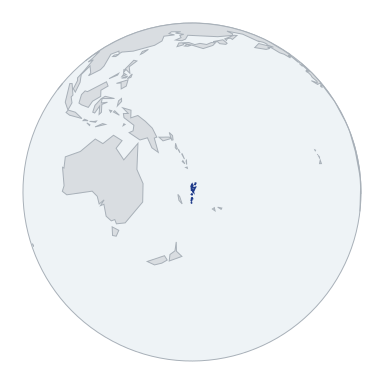 globe centered on Vanuatu, rotated 31°
{"feature_id": "VUT", "entity_name": "Vanuatu", "entity_type": "country or territory", "adm_level": 0, "iso_a3": "VUT", "parent_name": "Oceania", "parent_adm1": "", "projection": "orthographic", "projection_center": [167.975, -16.976], "detail": "fine", "context": "on_globe", "style": "filled", "palette": "blue", "viewbox_px": 384, "rotation_deg": 31, "n_neighbors": 0, "source": "natural_earth", "source_scale": "50m", "svg_char_len": 7323}
<svg xmlns="http://www.w3.org/2000/svg" viewBox="0 0 384 384"><g transform="rotate(31 192 192)"><circle cx="192" cy="192" r="169" fill="#eef3f6" stroke="#a8b0b8"/><path d="M225.8,190.4L226.0,191.7L225.7,191.8L225.8,190.4ZM337.9,106.7L332.1,97.6L345.3,121.0L345.9,122.2L343.0,116.5L337.7,107.0L337.1,105.6L328.6,93.0L323.8,87.3L311.1,73.1L296.0,58.9L299.7,61.8L295.6,58.5L290.7,54.9L288.4,53.3L267.6,40.9L250.0,33.8L248.0,34.0L245.7,32.5L244.3,35.1L237.0,35.1L243.1,33.8L242.0,32.7L236.0,31.8L233.6,30.6L229.3,29.6L227.0,28.5L230.7,28.4L229.3,27.8L225.2,27.3L220.2,26.2L226.6,27.0L218.6,25.3L221.6,25.7L233.5,28.2L245.2,31.6L256.6,35.9L267.7,41.0L278.4,46.8L288.6,53.4L298.4,60.7L307.6,68.7L316.1,77.4L324.1,86.6L331.3,96.4L337.9,106.7ZM286.7,102.0L285.5,98.7L288.3,101.0L286.7,102.0ZM283.4,96.5L284.1,97.7L283.2,96.7L283.4,96.5ZM281.8,95.7L283.0,96.3L281.7,96.0L281.8,95.7ZM279.8,95.1L280.9,95.3L279.8,95.1ZM276.4,93.2L275.5,92.6L276.4,92.5L276.4,93.2ZM287.8,53.0L290.8,55.0L296.2,59.0L293.9,57.3L287.8,53.0ZM277.2,46.4L278.0,46.7L282.5,49.6L280.7,48.5L277.2,46.4ZM247.1,34.7L250.1,35.3L248.0,35.2L247.1,34.7ZM229.2,29.7L229.1,30.0L226.9,29.5L229.2,29.7ZM221.4,27.3L217.9,26.6L222.1,27.3L221.4,27.3ZM216.3,26.1L207.8,24.8L206.9,25.2L204.6,23.9L212.6,25.1L217.9,25.8L215.4,25.7L216.3,26.1ZM204.8,23.6L203.3,23.4L205.5,23.6L204.8,23.6ZM175.6,23.8L183.4,23.4L184.7,23.5L193.7,23.5L195.0,23.5L194.5,23.3L204.6,23.9L206.9,25.2L203.9,25.1L207.3,26.4L200.0,26.5L195.5,27.5L185.4,27.5L182.8,28.8L184.5,29.2L182.1,31.6L171.4,35.9L172.7,30.4L187.2,25.9L180.6,27.3L180.0,26.6L176.2,26.9L171.8,28.3L172.6,28.6L154.2,30.6L139.1,36.1L145.5,35.5L145.7,37.2L134.1,45.6L107.7,59.8L107.7,64.3L105.2,67.7L99.6,70.2L103.1,65.3L100.9,64.0L103.7,61.1L96.0,64.3L99.7,60.4L91.8,65.3L90.7,68.1L96.1,66.3L87.7,72.9L88.5,78.0L84.4,85.5L69.1,101.5L59.8,108.2L58.3,111.0L56.8,108.9L51.5,115.7L51.7,129.5L50.5,134.3L43.4,145.6L43.8,142.0L39.7,136.5L36.6,148.4L39.6,155.7L40.5,166.5L37.1,164.6L36.5,155.4L35.1,153.1L37.2,142.8L39.3,129.4L36.1,134.1L38.0,128.3L40.5,118.9L36.7,125.6L33.2,134.2L37.7,123.2L42.9,112.5L48.9,102.2L55.5,92.4L62.8,83.1L70.8,74.3L79.4,66.1L88.5,58.5L98.1,51.5L108.2,45.3L118.7,39.8L129.6,35.0L140.8,31.0L152.2,27.8L163.8,25.4L175.6,23.8ZM81.7,318.4L83.7,319.5L84.3,320.5L81.7,318.4ZM66.2,186.9L69.9,187.0L69.9,187.8L66.2,186.9ZM62.3,185.0L66.2,184.4L61.9,186.9L62.3,185.0ZM67.8,184.2L71.8,181.9L73.6,180.3L73.4,181.9L67.8,184.2ZM59.8,185.7L47.5,189.2L43.1,188.7L43.7,185.5L50.9,183.7L59.8,185.7ZM43.4,185.6L37.1,180.3L31.4,162.0L33.4,160.8L40.0,170.2L39.5,172.8L43.2,177.4L43.4,185.6ZM60.0,165.4L59.5,172.9L52.3,174.2L49.3,174.0L47.1,165.4L48.3,160.4L50.7,159.8L61.9,141.6L65.5,144.4L61.5,151.7L64.5,157.1L60.0,165.4ZM25.2,165.3L24.5,170.6L24.1,173.2L24.6,169.0L25.2,165.3ZM68.0,130.1L62.5,137.6L68.0,128.1L68.0,130.1ZM72.2,121.6L71.8,124.8L70.6,122.1L72.2,121.6ZM56.8,115.2L54.2,116.8L54.9,114.7L58.6,111.4L56.8,115.2ZM81.2,92.2L78.5,98.3L77.0,100.5L77.1,97.1L81.2,92.2ZM201.2,260.8L205.8,263.1L202.8,268.5L197.4,273.8L189.4,274.6L201.2,260.8ZM146.3,270.2L141.5,263.0L149.0,262.6L149.8,268.9L146.3,270.2ZM205.3,256.9L207.7,251.2L204.2,242.9L209.2,250.8L216.5,252.4L208.0,262.9L205.3,256.9ZM106.0,242.7L86.1,258.9L80.5,258.2L79.1,252.5L68.3,237.5L69.9,237.4L65.3,227.1L75.4,214.8L81.8,196.4L90.7,196.4L95.5,183.8L105.6,184.0L104.4,193.6L117.0,199.6L120.6,178.1L133.2,201.1L145.7,210.0L154.9,226.0L150.6,252.9L143.6,258.2L140.0,255.4L137.7,258.3L130.9,257.0L122.8,247.9L120.6,250.8L120.7,244.0L118.6,250.1L113.0,244.5L106.0,242.7ZM181.1,201.3L183.8,202.3L189.7,207.3L185.1,205.9L181.1,201.3ZM219.2,193.9L221.5,196.3L218.2,196.1L219.2,193.9ZM225.7,191.8L221.8,191.8L225.8,190.4L225.7,191.8ZM189.8,188.8L191.6,190.5L190.7,190.9L189.8,188.8ZM188.6,188.2L189.5,186.0L190.0,188.4L188.6,188.2ZM173.9,174.2L175.0,173.1L175.9,174.1L173.9,174.2ZM75.4,186.1L80.1,179.4L83.1,178.6L75.4,186.1ZM171.4,171.5L167.9,170.9L168.0,169.8L171.4,171.5ZM171.1,168.7L170.5,167.0L173.3,171.2L171.1,168.7ZM164.0,164.3L168.6,167.7L163.6,164.7L164.0,164.3ZM161.6,164.6L158.6,163.0L158.7,162.5L161.6,164.6ZM131.9,165.2L142.7,175.4L134.9,174.8L125.9,168.5L120.6,174.2L107.5,173.5L110.0,169.9L107.8,164.7L95.4,163.3L92.8,160.1L96.9,157.5L89.3,155.5L97.6,153.3L101.3,160.0L106.2,154.3L115.4,155.4L125.1,157.7L133.6,163.1L131.9,165.2ZM98.4,168.6L99.9,168.5L98.8,170.7L98.4,168.6ZM152.8,158.7L157.2,162.5L156.8,163.3L154.8,162.6L152.8,158.7ZM135.5,162.0L144.3,156.6L146.6,156.8L140.8,163.1L135.5,162.0ZM141.8,152.7L146.3,153.7L148.9,157.1L148.0,158.0L141.8,152.7ZM81.4,163.6L81.2,165.6L79.1,164.3L81.4,163.6ZM83.9,162.2L90.2,163.6L83.4,163.9L83.9,162.2ZM66.9,158.2L68.4,162.4L73.3,158.6L69.6,163.4L73.3,170.3L72.4,173.4L68.6,165.8L67.9,174.4L65.8,174.7L64.2,167.7L66.1,158.7L68.3,154.7L77.4,151.8L66.9,158.2ZM83.7,156.7L82.1,151.7L83.4,148.1L85.0,150.6L83.7,156.7ZM78.2,140.1L75.0,135.0L71.3,137.8L79.4,128.8L81.1,135.1L78.2,140.1ZM76.5,128.2L73.0,130.7L77.1,125.7L76.5,128.2ZM72.5,129.0L72.9,125.2L75.3,125.3L72.5,129.0ZM78.2,128.1L80.0,121.6L80.6,125.2L78.2,128.1ZM73.7,117.0L77.6,122.2L71.4,120.8L74.3,109.0L77.3,108.1L73.7,117.0ZM110.5,70.7L111.6,68.0L115.2,67.2L113.4,69.2L110.5,70.7ZM127.7,63.3L116.5,66.1L107.6,69.2L108.9,70.2L104.3,75.1L104.0,71.0L112.3,65.5L118.5,64.2L122.3,60.5L128.6,58.0L131.6,53.9L135.2,52.1L134.4,55.6L127.7,63.3ZM132.6,52.2L140.1,45.6L145.5,46.4L145.0,48.0L139.3,50.6L136.8,50.0L132.6,52.2ZM143.5,44.4L141.2,43.9L147.3,36.0L149.9,34.7L148.1,40.4L145.8,40.3L143.3,42.3L143.5,44.4ZM202.2,23.4L203.2,23.4L203.6,23.5L202.2,23.4Z" fill="#d9dde1" stroke="#a8b0b8" stroke-width="1"/><path d="M188.5,185.7L188.7,186.6L188.9,186.6L189.0,186.6L189.1,186.4L189.2,186.0L189.3,186.0L189.4,186.4L189.5,186.6L189.7,187.3L189.8,187.5L189.5,187.9L189.1,187.9L188.7,188.1L188.5,187.9L188.4,187.7L188.2,187.4L188.2,186.8L187.9,185.7L188.0,185.1L188.3,185.4L188.5,185.7ZM190.4,189.4L190.5,189.5L191.1,189.9L191.3,190.0L191.5,190.3L191.4,190.6L191.0,190.6L190.7,190.8L190.5,190.6L190.4,190.3L190.3,189.9L190.2,189.6L189.9,189.6L189.7,189.4L189.8,188.9L190.0,188.8L190.4,189.4ZM195.8,197.8L195.7,197.9L194.8,197.6L194.8,197.1L194.9,196.9L195.1,196.8L195.3,196.9L195.4,197.2L195.6,197.3L195.4,197.4L195.7,197.6L195.8,197.8ZM193.3,193.7L193.6,194.1L193.5,194.4L193.2,194.5L192.8,194.4L192.9,194.2L192.7,194.1L192.8,193.7L193.0,193.7L193.3,193.7ZM192.9,190.1L192.6,190.1L192.1,190.1L191.9,189.9L192.0,189.7L192.3,189.7L192.5,189.4L192.6,189.5L192.7,189.8L192.9,189.9L192.9,190.0L192.9,190.1ZM196.2,199.6L196.1,199.9L195.8,199.8L195.6,199.6L195.5,199.4L195.5,199.0L195.7,198.9L195.8,199.0L195.9,199.3L196.2,199.6ZM192.7,189.0L192.6,188.9L192.4,188.2L192.5,187.5L192.8,188.8L192.8,189.0L192.7,189.0ZM193.3,191.4L193.4,191.5L193.0,191.4L192.7,191.5L192.5,191.4L192.4,191.2L192.5,191.0L192.6,190.9L192.7,191.0L192.8,191.1L193.1,191.4L193.3,191.4ZM191.8,187.5L191.6,187.6L191.3,187.6L191.1,187.5L191.6,187.1L192.1,187.0L191.8,187.5ZM190.9,184.0L190.4,184.1L190.4,183.8L190.5,183.7L190.9,183.8L190.9,184.0ZM190.6,183.0L190.3,182.6L190.6,182.4L190.8,182.6L190.8,182.8L190.6,182.9L190.6,183.0ZM192.6,187.1L192.6,187.3L192.4,187.1L192.4,186.2L192.5,186.1L192.6,186.8L192.6,187.1ZM197.3,201.5L197.2,201.7L196.9,201.5L196.9,201.4L197.1,201.4L197.3,201.5ZM189.9,188.3L189.5,188.2L189.9,188.1L189.9,188.3Z" fill="#3b82f6" stroke="#1e3a8a" stroke-width="1.5"/></g></svg>